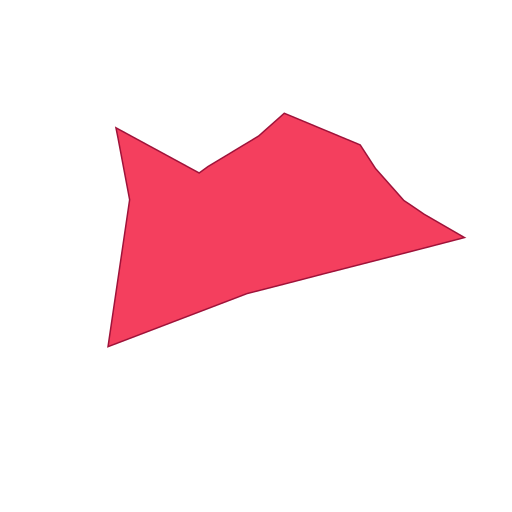 Malhada dos Bois, Sergipe, Brazil, rotated 295°
{"feature_id": "56859067B82307883528115", "entity_name": "Malhada dos Bois", "entity_type": "district", "adm_level": 2, "iso_a3": "BRA", "parent_name": "Brazil", "parent_adm1": "Sergipe", "projection": "natural_earth1", "projection_center": [-36.937, -10.335], "detail": "fine", "context": "isolated", "style": "filled", "palette": "rose", "viewbox_px": 512, "rotation_deg": 295, "n_neighbors": 0, "source": "geoboundaries", "source_scale": "gbopen_adm2", "svg_char_len": 397}
<svg xmlns="http://www.w3.org/2000/svg" viewBox="0 0 512 512"><g transform="rotate(295 256 256)"><path d="M111.3,160.2L218.1,263.7L243.2,294.3L268.0,324.3L328.8,398.4L360.8,437.1L364.9,390.7L366.7,379.9L368.8,366.5L385.8,327.3L400.7,303.5L397.3,221.3L365.9,207.7L316.8,174.7L307.2,169.4L313.0,74.9L304.3,81.3L253.6,117.7L111.3,160.2Z" fill="#f43f5e" stroke="#9f1239" stroke-width="1.5"/></g></svg>